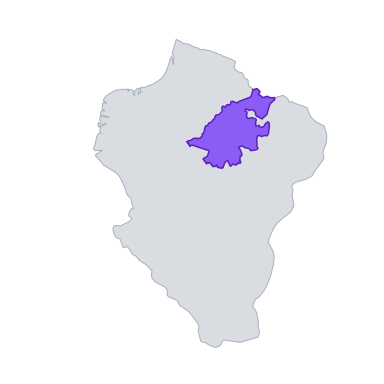 where Niger sits in Nigeria, rotated 109°
{"feature_id": "NGA-2851", "entity_name": "Niger", "entity_type": "State", "adm_level": 1, "iso_a3": "NGA", "parent_name": "Nigeria", "parent_adm1": "", "projection": "mercator", "projection_center": [5.482, 9.777], "detail": "fine", "context": "in_parent", "style": "filled", "palette": "violet", "viewbox_px": 384, "rotation_deg": 109, "n_neighbors": 0, "source": "natural_earth", "source_scale": "10m", "svg_char_len": 7970}
<svg xmlns="http://www.w3.org/2000/svg" viewBox="0 0 384 384"><g transform="rotate(109 192 192)"><path d="M307.7,82.4L318.4,97.4L320.6,108.6L321.5,114.0L323.3,114.7L326.6,115.0L329.0,116.1L330.5,117.9L331.4,119.6L331.5,120.6L330.9,127.3L330.0,129.7L330.5,133.0L330.3,134.4L330.0,135.3L328.5,136.4L326.5,137.5L321.6,140.7L320.2,141.2L318.2,141.2L316.5,142.0L314.4,143.7L309.9,150.1L306.0,156.5L303.2,166.8L299.8,170.0L299.2,172.8L298.7,179.3L298.2,181.2L297.6,181.8L294.0,183.0L291.9,184.4L290.6,187.4L289.0,197.2L288.4,198.8L287.2,200.6L285.4,202.4L283.8,203.4L279.6,204.1L275.6,211.5L275.5,212.8L273.8,219.5L270.7,224.6L270.5,227.9L266.7,232.3L264.7,235.3L266.7,238.5L266.9,239.0L260.3,244.4L259.9,245.2L259.7,248.9L259.1,249.9L257.9,251.2L256.2,252.7L254.4,253.9L252.3,254.7L250.4,255.0L249.3,254.5L248.6,253.4L247.5,248.9L247.0,247.9L245.7,247.0L240.6,242.0L237.6,240.3L236.9,240.4L236.4,240.9L235.5,243.4L234.7,244.3L233.1,244.6L230.2,244.6L228.2,244.3L227.7,243.8L226.8,241.8L220.5,246.4L218.3,247.4L215.5,252.8L211.5,255.4L208.8,257.8L201.4,265.1L200.0,267.2L198.5,270.4L195.4,284.1L190.3,292.7L189.6,294.5L189.4,294.4L188.7,295.2L186.7,294.7L185.9,293.1L184.6,292.9L182.6,290.5L182.1,290.9L184.3,296.8L183.5,299.1L177.3,299.2L172.0,300.0L168.3,299.9L166.5,299.0L165.7,296.8L165.4,297.1L165.2,298.3L164.0,299.2L159.9,299.4L158.1,297.9L156.6,296.2L155.1,295.4L155.3,296.1L157.1,297.8L156.9,300.1L153.6,302.9L151.5,303.0L150.2,301.9L149.5,299.9L149.2,297.1L148.3,295.2L147.9,295.2L148.4,298.3L148.4,301.2L150.0,303.4L147.6,304.1L144.7,304.2L144.3,303.4L144.0,301.5L143.5,301.0L142.9,304.2L136.9,305.1L136.1,304.9L135.9,304.4L136.3,303.5L136.2,302.1L134.9,303.2L134.7,305.3L134.0,305.7L131.7,305.4L129.2,304.3L125.2,301.5L120.3,297.0L119.5,295.0L118.1,292.5L115.5,285.7L116.0,285.4L117.1,285.8L117.7,285.1L115.6,284.7L115.2,284.2L115.0,282.7L115.1,280.8L118.2,279.9L119.0,278.7L119.4,277.6L115.6,279.3L112.0,277.4L111.2,276.2L111.6,275.3L115.7,275.3L117.2,274.4L116.3,274.1L114.7,274.1L114.1,273.5L114.2,272.1L113.7,272.5L113.0,273.7L110.6,274.6L109.2,273.7L109.0,271.7L108.7,270.7L107.5,270.0L103.3,264.7L98.0,260.2L93.2,257.1L86.1,255.6L71.2,255.7L70.3,255.2L71.2,254.5L72.6,254.0L77.4,251.5L76.5,251.2L71.6,252.8L69.8,252.9L67.6,255.9L52.9,256.6L53.0,255.2L53.6,251.3L54.5,248.5L53.5,245.2L53.3,242.2L53.9,241.3L54.1,240.1L54.0,232.4L54.7,231.3L54.8,230.5L53.2,227.2L53.3,224.7L53.0,222.3L52.5,221.2L53.0,211.7L52.9,209.4L53.3,207.7L53.6,203.7L53.5,199.7L54.5,193.4L60.8,192.6L62.4,190.1L63.3,186.9L63.0,183.8L65.0,181.1L67.5,178.7L67.4,176.1L68.1,175.3L69.3,174.7L70.9,174.4L72.8,173.0L73.9,170.7L74.9,167.0L73.3,164.5L73.3,163.9L73.9,162.5L74.9,161.1L75.7,160.7L77.5,161.0L78.1,160.5L79.3,156.4L79.2,155.3L77.5,152.6L76.5,145.2L76.0,144.2L74.7,142.9L71.2,137.6L71.3,135.2L72.7,132.0L73.7,130.5L75.1,129.6L75.3,128.9L74.9,128.0L74.2,127.3L74.1,125.9L74.8,123.9L74.6,121.7L74.9,110.5L77.8,108.3L81.9,104.7L84.1,100.8L85.2,97.9L86.6,88.3L88.8,87.2L93.0,83.7L98.7,81.7L102.4,81.0L108.9,81.4L112.2,81.1L115.0,79.2L116.3,78.6L118.0,78.3L134.2,83.3L135.7,83.1L136.9,83.5L138.9,84.8L143.7,89.5L148.7,96.7L150.3,98.2L151.8,99.1L153.4,99.4L154.6,99.3L155.8,98.6L157.3,97.2L159.7,96.6L161.6,96.7L171.7,91.2L172.7,91.1L178.9,92.3L187.3,97.8L194.2,101.5L199.0,102.7L204.7,103.6L214.4,103.8L221.7,96.0L224.5,94.3L227.7,92.8L234.5,91.4L245.8,90.4L256.4,90.8L263.0,92.1L269.9,94.7L272.9,97.1L277.6,97.5L281.0,97.0L282.1,94.6L285.4,91.4L290.5,88.5L294.6,86.4L298.0,85.5L301.1,83.2L303.5,82.4L307.7,82.4ZM160.3,302.4L158.0,303.1L156.6,302.9L158.6,299.8L159.6,300.5L160.9,300.8L160.3,302.4Z" fill="#d9dde1" stroke="#a8b0b8" stroke-width="1"/><path d="M77.5,161.2L77.8,161.2L78.2,160.7L78.4,160.3L78.4,159.0L78.6,158.4L79.2,157.2L79.4,156.6L79.4,155.9L79.4,155.3L79.2,154.6L79.0,154.1L78.7,154.0L78.4,153.9L78.1,153.8L77.9,153.5L77.7,152.8L77.5,152.5L77.4,152.3L77.2,152.1L77.0,151.9L76.9,151.6L76.9,151.2L77.4,150.0L77.4,149.3L76.9,147.2L76.7,146.7L76.5,146.3L76.4,145.8L76.4,145.3L76.7,144.4L76.5,144.2L76.3,144.2L76.5,144.0L78.6,144.3L80.7,145.6L83.3,146.8L84.5,146.9L90.9,146.8L93.3,146.4L95.7,147.0L98.5,148.9L100.0,149.4L100.1,149.9L99.3,154.2L99.3,155.1L99.3,155.5L99.1,155.8L98.5,156.4L98.5,156.8L95.7,158.4L94.9,159.9L94.7,161.7L94.8,162.6L95.2,163.4L95.8,163.9L96.3,164.4L96.1,166.1L95.8,167.9L96.3,168.4L97.9,168.5L98.2,167.8L98.2,166.9L98.5,166.1L99.3,165.8L102.0,165.2L102.8,164.9L103.5,164.5L104.1,162.9L103.4,161.3L102.2,159.8L102.1,159.0L102.2,158.2L102.1,156.4L102.5,154.9L103.2,154.6L104.9,154.8L106.4,154.0L108.1,153.6L108.7,153.1L108.2,151.5L107.2,150.3L108.4,148.9L108.3,147.9L108.1,147.0L107.8,146.3L107.2,146.1L106.9,145.9L106.7,145.5L106.3,145.3L106.0,145.3L104.2,145.0L102.5,144.3L101.0,143.2L101.4,141.7L104.6,140.2L111.5,138.8L113.2,138.9L114.6,139.7L114.9,141.5L115.7,143.0L116.5,143.5L116.9,144.3L116.7,146.1L116.8,147.0L117.0,147.9L117.7,148.1L120.0,148.1L121.6,147.8L125.6,146.1L126.4,145.9L127.2,145.8L127.8,145.3L128.1,144.9L128.7,144.3L129.0,144.0L129.8,144.0L130.5,144.4L131.5,145.7L133.3,148.8L133.7,150.3L133.2,150.6L132.8,151.1L132.6,151.7L132.4,153.7L132.5,154.3L132.9,155.5L132.9,155.8L132.9,156.0L132.8,156.6L132.4,157.4L132.4,157.7L132.4,158.3L132.3,158.6L132.2,158.9L132.1,159.4L132.2,160.2L133.0,160.7L133.6,161.5L134.0,162.3L134.8,162.2L135.4,161.5L135.9,160.7L137.1,159.4L139.9,157.2L141.5,156.9L142.2,157.3L142.5,158.0L143.2,158.1L144.9,157.4L145.8,157.2L146.7,157.3L147.2,157.0L147.1,156.0L147.9,155.7L148.7,155.7L149.4,156.0L149.6,156.5L149.8,158.4L150.2,158.5L151.0,158.3L152.3,159.4L152.3,161.3L152.0,162.1L152.5,162.7L154.2,163.3L154.9,163.7L154.8,164.6L154.2,165.3L153.5,165.8L152.7,166.4L152.1,167.2L151.3,167.7L150.8,168.3L151.8,169.7L153.5,170.4L155.2,170.6L158.7,170.6L159.8,171.4L160.3,175.2L160.2,176.0L159.6,176.5L158.9,176.6L158.4,177.0L158.8,177.6L159.7,177.9L160.2,178.3L160.0,179.0L160.3,179.5L161.0,179.9L161.2,180.6L160.6,181.3L160.3,181.6L160.1,181.9L160.0,182.4L159.9,182.9L158.6,183.8L158.4,184.7L158.9,185.4L159.2,185.6L159.6,186.1L159.5,186.5L159.2,187.2L159.4,187.5L160.0,187.4L160.5,187.5L157.3,192.2L157.1,192.2L156.0,191.6L153.8,189.5L152.4,189.0L148.1,189.2L147.5,189.5L147.4,190.1L147.6,207.0L147.8,207.4L148.4,208.4L149.4,208.6L149.1,209.5L148.4,210.2L147.9,210.3L147.6,210.7L147.6,211.2L147.5,211.6L147.2,211.4L146.9,211.7L146.6,212.2L146.5,212.9L146.1,213.3L146.0,213.1L145.7,212.8L145.6,212.7L145.3,212.6L144.5,211.6L143.6,210.1L143.3,209.8L141.0,208.1L140.8,208.0L140.3,206.9L140.0,205.7L139.9,205.1L139.8,204.8L139.8,204.6L139.6,204.6L139.6,204.4L139.2,203.7L139.1,203.1L138.6,202.1L138.3,201.8L137.9,201.6L137.4,201.5L136.6,200.9L136.4,200.8L136.0,200.7L135.0,200.9L133.7,201.2L132.8,200.4L132.4,200.3L132.1,200.3L129.5,200.3L128.9,200.4L128.2,200.7L127.9,200.8L127.6,200.8L126.5,200.6L125.3,200.6L125.0,200.6L124.9,200.4L124.6,200.0L124.3,199.5L124.0,199.0L123.8,199.0L123.3,198.8L123.1,198.7L121.7,198.7L121.4,198.6L121.1,198.3L121.0,198.2L120.8,197.8L120.6,197.6L120.4,197.3L119.9,196.9L119.6,196.5L119.4,196.4L119.1,196.2L118.8,196.1L118.5,196.0L117.7,196.0L117.4,195.9L117.1,195.8L116.9,195.6L116.4,195.1L116.2,194.9L115.9,194.8L115.6,194.7L114.0,194.8L111.8,194.5L111.4,194.3L111.2,194.1L111.0,193.8L111.0,193.6L111.0,193.3L111.0,193.1L110.8,192.8L110.4,192.4L110.0,191.9L109.7,191.6L108.5,191.0L107.7,190.5L107.3,190.3L107.3,190.2L106.7,189.9L106.4,189.8L106.0,189.8L104.5,190.3L103.5,190.9L102.5,191.2L101.8,191.2L101.2,191.0L100.8,190.6L100.7,189.8L100.8,189.1L100.8,188.5L100.5,188.0L99.9,187.8L98.7,187.6L98.3,187.4L98.0,187.2L97.8,186.9L97.7,186.5L97.7,186.0L97.6,185.6L97.6,184.7L95.5,184.3L93.8,184.5L93.0,183.1L93.0,181.4L93.3,179.5L92.9,177.9L92.1,177.9L91.7,177.6L91.4,177.4L83.5,168.0L82.8,167.5L81.2,167.3L77.5,167.4L75.5,167.8L75.3,167.8L75.4,167.4L75.3,167.0L75.1,166.7L73.5,165.0L73.2,164.5L73.2,164.1L73.7,163.0L74.2,162.1L74.3,161.8L74.4,161.3L74.4,161.2L74.6,160.9L75.0,160.5L75.5,160.3L76.0,160.4L77.5,161.2Z" fill="#8b5cf6" stroke="#5b21b6" stroke-width="1.5"/></g></svg>